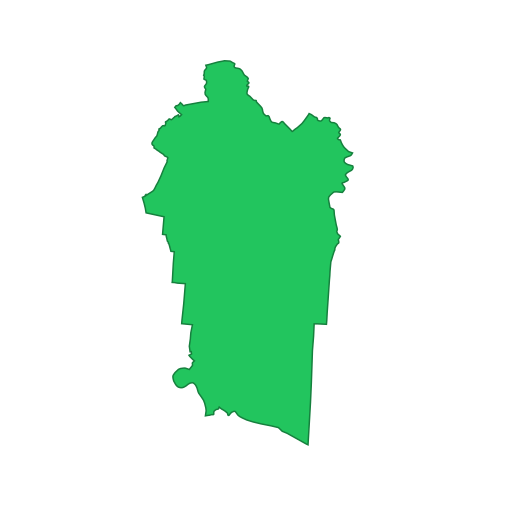 outline of Ben Luc, Long An, Vietnam, rotated 223°
{"feature_id": "81297802B50864428315087", "entity_name": "Ben Luc", "entity_type": "district", "adm_level": 2, "iso_a3": "VNM", "parent_name": "Vietnam", "parent_adm1": "Long An", "projection": "orthographic", "projection_center": [106.476, 10.694], "detail": "fine", "context": "isolated", "style": "filled", "palette": "green", "viewbox_px": 512, "rotation_deg": 223, "n_neighbors": 0, "source": "geoboundaries", "source_scale": "gbopen_adm2", "svg_char_len": 6157}
<svg xmlns="http://www.w3.org/2000/svg" viewBox="0 0 512 512"><g transform="rotate(223 256 256)"><path d="M297.5,181.0L295.1,182.5L288.8,187.6L280.8,177.5L276.3,171.8L266.4,158.6L264.2,155.8L255.6,162.4L251.3,155.4L247.4,150.5L243.2,144.5L238.9,141.0L238.2,141.9L236.3,140.4L237.3,137.7L235.9,137.4L231.7,137.2L229.5,137.3L229.7,134.8L229.5,134.2L227.9,132.8L227.7,131.6L227.4,127.5L230.4,126.2L231.5,125.6L232.6,124.5L234.5,122.2L235.4,120.2L235.6,116.9L235.7,115.7L235.5,114.0L235.2,112.3L234.8,111.5L234.2,110.8L233.0,109.8L231.0,108.5L227.7,107.4L225.9,107.0L224.2,107.0L223.1,107.3L221.7,108.0L220.3,109.2L219.4,110.7L218.6,113.2L218.2,115.9L217.8,117.3L217.2,118.6L216.0,120.0L215.5,120.3L214.6,120.5L213.0,120.5L211.8,120.3L209.2,119.3L205.7,117.2L204.3,116.6L199.5,115.6L195.9,114.7L193.1,113.3L189.1,110.7L186.9,108.8L184.0,104.6L182.5,106.6L181.4,107.9L180.3,109.7L179.1,110.8L179.0,111.0L179.0,111.5L180.4,113.0L180.7,113.4L180.8,113.9L180.7,115.3L180.6,116.1L180.4,116.6L179.8,117.5L179.2,118.5L179.3,119.0L179.7,119.7L179.9,120.4L176.9,120.6L175.8,120.9L173.4,121.4L170.7,121.6L169.8,121.6L169.2,121.3L168.4,120.7L167.8,120.5L167.6,120.5L167.2,120.9L167.1,121.4L167.2,122.3L167.3,123.7L167.2,124.9L167.0,125.7L166.3,127.2L165.8,127.7L165.5,128.0L164.8,128.1L161.3,127.4L160.3,127.3L158.4,127.5L155.7,128.2L150.9,129.8L144.9,132.7L137.8,136.7L129.1,142.1L122.6,145.8L117.3,145.7L112.5,147.5L91.0,152.8L89.2,153.4L116.4,186.2L129.2,201.2L150.2,225.3L159.1,236.5L167.2,246.0L164.9,248.2L157.9,254.1L160.1,256.9L165.3,263.1L176.5,276.9L185.6,288.1L188.5,291.8L191.6,295.5L197.3,302.8L198.5,305.4L200.4,309.2L202.0,312.6L202.5,314.2L203.4,315.2L203.9,316.3L204.2,317.2L204.5,319.0L204.7,320.4L204.4,321.6L204.5,322.1L204.8,322.5L205.8,323.4L206.8,323.8L207.1,324.3L207.5,327.0L207.7,327.9L208.6,328.0L209.9,327.9L211.4,327.9L212.6,328.4L213.7,329.0L214.4,330.6L215.7,331.7L218.6,333.5L226.6,339.4L230.3,342.8L231.3,343.0L231.6,342.9L233.1,342.3L234.2,342.0L235.1,342.0L239.7,345.4L241.9,347.1L243.0,348.7L243.1,349.5L243.2,350.9L243.2,351.7L242.8,355.5L242.4,356.3L240.8,357.9L239.5,358.9L236.2,361.4L236.2,361.9L236.3,363.3L236.6,365.2L237.1,366.0L237.6,366.4L238.1,366.6L242.2,367.6L242.7,367.9L242.7,368.2L242.6,368.7L241.9,369.6L240.5,373.4L240.4,374.1L240.5,374.5L240.9,374.9L241.6,375.2L243.8,375.5L245.2,375.9L245.8,376.2L246.1,376.6L246.1,378.8L245.7,380.6L244.6,383.8L244.6,385.1L244.8,385.8L245.4,387.0L245.9,387.4L246.7,387.8L249.1,386.6L251.4,385.4L253.6,384.9L255.1,384.9L255.8,385.1L256.4,385.5L257.3,386.7L257.7,387.7L257.8,388.6L257.0,390.6L255.4,393.7L255.2,395.0L255.7,397.2L259.5,395.5L261.9,395.5L264.6,395.5L266.5,395.7L268.7,396.3L270.9,397.1L273.5,398.4L274.6,397.6L275.3,397.4L276.4,397.4L276.7,397.9L276.7,399.3L276.7,401.0L276.9,401.9L277.1,402.3L277.7,402.6L279.4,402.6L279.8,402.9L280.1,405.5L280.4,406.1L281.0,406.4L282.5,406.3L284.0,406.5L286.5,407.4L288.0,407.3L289.8,406.7L291.7,405.2L292.3,404.9L293.5,404.9L294.3,405.0L294.9,405.5L295.5,406.5L295.7,407.1L296.1,407.3L297.1,407.0L297.7,405.9L299.9,404.4L300.5,403.7L300.6,403.4L300.4,400.9L300.4,399.8L300.6,399.0L301.3,398.3L302.8,397.5L303.8,397.4L304.6,398.2L305.3,398.5L306.2,398.6L306.8,398.2L308.1,397.6L311.8,397.2L314.3,396.4L313.9,394.8L313.0,387.8L312.7,384.3L313.3,378.1L313.9,375.3L314.3,372.0L314.5,371.7L317.9,372.0L325.4,372.3L327.0,372.5L328.1,372.5L328.5,372.2L328.8,371.9L328.9,371.5L329.2,369.9L329.0,369.1L329.0,368.3L329.6,367.9L332.7,366.5L335.2,364.9L336.2,364.7L337.2,364.9L339.0,365.6L341.6,366.9L342.8,366.9L343.2,366.5L344.0,365.5L344.2,365.3L346.1,365.2L347.6,365.3L348.4,365.6L350.2,366.7L351.0,367.4L352.7,368.3L354.7,368.6L359.8,368.9L360.7,369.0L361.9,369.8L362.3,369.6L363.1,368.9L363.8,368.5L364.4,368.3L369.4,368.6L371.1,368.3L372.6,368.3L373.3,368.6L374.1,369.4L375.0,370.8L376.0,372.7L376.6,374.6L377.0,375.0L377.3,375.0L378.3,374.0L378.6,374.0L378.9,374.2L379.1,374.6L379.2,375.2L379.1,377.4L379.3,377.8L379.6,378.0L380.4,378.0L381.0,377.9L381.6,377.9L382.7,380.5L383.0,380.6L384.0,380.8L384.7,380.8L387.6,380.4L388.5,380.5L392.3,381.8L393.4,381.9L395.1,381.9L396.3,381.5L397.6,380.7L398.8,379.9L399.8,379.4L400.5,379.4L401.1,379.6L401.6,380.0L402.4,381.9L402.7,382.1L403.0,382.1L405.3,381.4L407.5,381.0L408.2,380.6L412.2,377.3L413.6,375.3L416.2,371.8L421.4,363.3L422.8,361.3L420.7,360.2L420.3,359.5L420.2,359.3L420.2,357.6L420.0,356.3L419.6,355.6L418.7,354.6L417.8,353.4L417.6,352.5L416.5,352.2L415.9,351.6L414.8,349.9L414.3,349.9L412.6,350.5L412.0,350.5L410.7,349.5L410.0,348.6L409.8,348.1L409.5,345.5L409.4,345.0L409.0,344.5L408.2,344.1L406.9,343.9L406.2,343.4L405.7,342.3L404.7,340.7L403.2,339.5L401.3,339.2L399.5,339.1L398.9,338.9L397.8,338.1L396.3,336.4L401.0,331.1L410.6,318.2L411.1,316.9L411.4,316.6L411.7,316.4L413.4,316.6L415.9,316.6L415.6,314.6L415.8,313.2L416.1,312.3L416.5,311.8L416.9,311.5L416.8,309.3L414.6,309.0L412.3,308.5L410.6,308.5L406.8,308.6L406.8,306.5L407.3,305.3L408.4,306.2L409.1,306.3L409.7,304.0L410.2,303.2L410.4,302.7L410.3,301.8L410.5,301.0L410.5,299.8L410.7,298.4L410.9,297.9L411.3,297.7L412.4,297.4L413.0,297.0L413.0,295.2L413.2,293.7L413.6,292.7L413.6,292.3L413.5,292.1L412.8,291.9L412.5,291.7L412.0,290.4L411.5,289.8L411.4,289.5L411.6,288.9L411.9,288.6L412.6,288.2L413.1,287.5L413.2,285.7L413.0,284.1L413.5,283.3L413.6,282.8L413.5,282.5L412.7,282.1L412.5,281.6L412.5,280.6L412.3,279.8L411.3,278.0L410.5,276.4L410.4,275.8L410.4,274.0L410.2,272.7L409.9,271.0L409.8,270.1L409.4,268.2L408.7,267.2L408.3,266.9L407.6,266.7L406.9,266.7L406.2,266.9L405.7,266.8L404.9,266.3L404.3,265.5L402.3,265.9L400.4,266.0L398.6,266.4L397.0,266.5L393.1,267.2L392.2,267.1L391.4,266.9L391.0,266.9L389.1,267.6L388.3,267.8L387.7,267.8L387.4,267.7L386.7,266.2L386.0,264.9L385.2,264.3L383.3,257.9L380.2,249.9L377.9,242.9L377.2,239.8L376.3,236.9L375.7,234.5L375.7,233.7L375.8,232.7L377.7,225.4L378.4,225.8L378.4,224.8L377.9,224.0L379.1,221.4L374.0,218.4L369.6,215.5L365.8,212.6L350.0,222.0L339.1,208.1L336.2,210.2L334.7,208.9L333.8,208.4L330.9,206.4L329.5,206.3L328.9,205.6L327.6,205.3L321.4,201.4L318.7,203.4L311.6,194.4L300.0,180.5L299.3,179.5L297.5,181.0Z" fill="#22c55e" stroke="#15803d" stroke-width="1.5"/></g></svg>